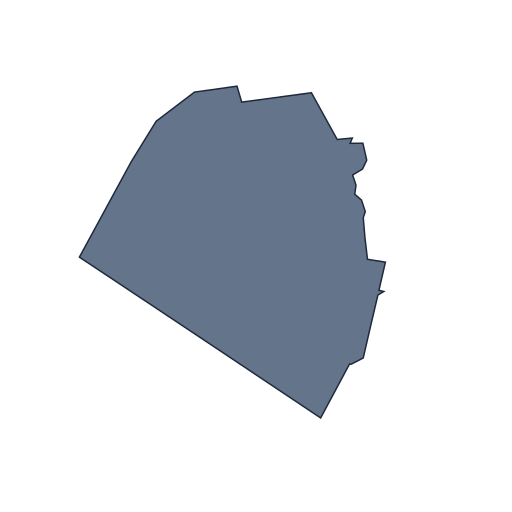 Laurens, Georgia, United States of America (Albers equal-area conic projection), rotated 328°
{"feature_id": "52423323B49982915430318", "entity_name": "Laurens", "entity_type": "district", "adm_level": 2, "iso_a3": "USA", "parent_name": "United States of America", "parent_adm1": "Georgia", "projection": "albers", "projection_center": [-82.822, 32.432], "detail": "fine", "context": "isolated", "style": "filled", "palette": "slate", "viewbox_px": 512, "rotation_deg": 328, "n_neighbors": 0, "source": "geoboundaries", "source_scale": "gbopen_adm2", "svg_char_len": 577}
<svg xmlns="http://www.w3.org/2000/svg" viewBox="0 0 512 512"><g transform="rotate(328 256 256)"><path d="M149.8,260.9L163.8,291.8L225.0,427.6L278.2,397.1L279.3,398.2L292.9,399.3L314.5,377.7L338.7,353.7L345.6,353.8L342.1,350.2L362.5,329.8L348.8,317.9L358.1,298.2L367.3,280.3L372.2,276.3L375.1,264.5L372.5,255.9L378.3,249.0L380.9,238.5L392.4,238.7L400.7,233.4L406.4,217.0L395.5,210.3L400.2,207.0L386.6,200.2L389.5,146.9L325.4,117.9L329.9,101.9L290.7,84.4L242.8,88.8L200.2,109.9L105.6,163.4L129.3,215.6L149.8,260.9Z" fill="#64748b" stroke="#1e293b" stroke-width="1.5"/></g></svg>